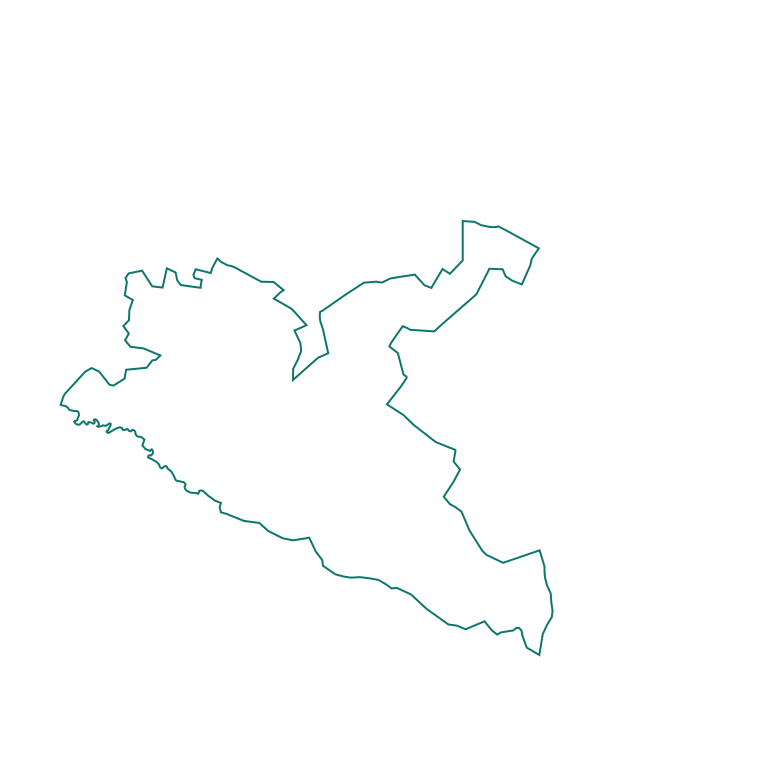 Garko, Kano, Nigeria, rotated 302°
{"feature_id": "59680162B51570410917379", "entity_name": "Garko", "entity_type": "district", "adm_level": 2, "iso_a3": "NGA", "parent_name": "Nigeria", "parent_adm1": "Kano", "projection": "natural_earth1", "projection_center": [8.82, 11.564], "detail": "fine", "context": "isolated", "style": "outline", "palette": "teal", "viewbox_px": 768, "rotation_deg": 302, "n_neighbors": 0, "source": "geoboundaries", "source_scale": "gbopen_adm2", "svg_char_len": 4714}
<svg xmlns="http://www.w3.org/2000/svg" viewBox="0 0 768 768"><g transform="rotate(302 384 384)"><path d="M578.3,397.6L575.8,395.0L573.1,390.2L570.1,382.0L569.5,374.9L563.9,364.4L530.5,385.3L513.0,381.6L512.4,381.5L512.5,373.3L512.5,372.7L491.0,373.2L490.6,373.3L489.3,366.6L489.2,365.9L493.1,352.2L483.6,341.1L476.8,333.4L469.2,328.7L467.3,325.2L466.9,323.5L459.2,313.2L438.9,303.8L414.2,293.3L411.2,291.6L407.9,293.3L405.3,295.2L403.1,297.1L398.4,302.9L380.5,320.4L371.4,314.2L362.5,311.5L339.2,304.7L348.8,298.9L358.4,298.1L368.1,296.3L374.4,291.4L381.9,279.8L392.8,287.1L397.7,270.0L398.8,265.4L398.0,245.3L406.6,247.5L410.4,249.1L412.0,236.4L406.4,226.8L405.7,226.1L404.3,203.7L404.2,202.7L404.0,199.0L403.7,194.8L402.8,190.9L401.8,188.7L401.5,185.2L401.2,181.3L402.1,176.2L391.3,176.9L386.3,178.3L381.5,163.5L379.8,163.9L377.2,164.2L375.6,164.5L373.4,167.2L375.7,174.3L372.0,175.7L370.5,176.4L368.5,177.5L367.4,175.3L360.2,159.2L362.3,153.8L368.1,148.2L367.0,138.5L366.5,138.7L348.5,145.1L348.1,144.4L344.0,135.7L351.9,118.8L351.4,118.2L342.4,108.8L336.8,108.7L334.1,112.0L321.8,117.2L322.1,126.5L311.8,128.9L303.0,133.9L295.0,132.3L291.6,140.8L283.8,141.3L281.2,149.3L286.8,161.4L289.7,179.2L283.4,177.6L281.8,175.6L281.3,175.0L272.0,174.1L260.0,158.5L259.5,157.8L251.0,161.1L239.4,155.5L237.9,151.6L243.6,135.8L242.6,127.6L236.9,124.5L235.8,124.0L206.0,118.5L202.6,118.9L194.9,120.9L195.2,122.2L195.8,123.5L196.4,125.3L196.5,127.9L195.9,129.5L195.6,130.2L195.4,131.3L196.2,133.5L197.1,136.0L197.7,136.9L198.4,138.0L198.3,139.5L197.3,140.7L196.0,141.8L194.9,142.1L193.2,142.3L191.6,142.8L190.4,142.9L189.4,142.1L188.9,141.3L188.1,141.1L187.5,141.9L187.2,143.0L186.9,144.2L187.1,145.4L187.5,146.5L188.6,147.4L189.8,147.8L190.8,148.1L191.9,148.1L192.9,148.8L193.3,149.4L192.3,151.7L192.0,153.3L192.9,154.1L195.0,153.5L195.6,154.4L196.0,155.8L196.2,157.5L196.5,158.8L197.2,159.1L198.4,158.9L199.1,158.1L199.4,157.0L200.1,156.9L200.8,157.6L201.2,158.5L201.1,159.8L200.3,161.4L199.7,162.8L198.5,163.7L197.3,163.9L196.3,163.3L196.2,164.1L196.9,165.2L198.0,166.2L199.2,167.2L200.1,167.6L200.5,169.1L200.8,169.6L201.5,170.4L203.1,171.3L204.3,171.6L205.3,172.4L205.4,173.2L205.0,173.6L204.3,173.9L203.1,174.1L201.5,174.2L199.6,174.3L198.8,174.6L198.2,174.4L197.5,173.8L196.7,173.9L196.3,174.8L196.3,176.0L197.2,176.8L199.2,177.7L202.5,179.4L204.0,180.3L206.0,181.7L207.3,182.9L207.9,184.9L207.4,185.9L206.7,186.6L207.5,188.3L208.4,189.2L209.5,189.7L209.9,190.7L209.5,191.7L209.1,192.8L209.7,194.5L210.4,194.7L211.4,194.6L212.1,195.2L212.2,196.6L212.0,197.7L211.4,198.8L210.5,199.2L210.1,199.6L209.5,200.5L208.9,202.3L209.2,203.8L209.8,204.8L210.4,206.5L209.9,210.3L203.9,211.6L202.4,216.2L203.3,221.2L205.3,221.4L205.5,222.0L205.2,222.8L204.5,223.6L203.4,224.4L202.1,224.7L201.2,224.6L200.0,224.4L199.5,223.1L198.6,222.3L196.7,222.8L197.2,227.1L197.4,230.7L197.3,233.3L196.4,235.9L194.9,238.0L194.5,240.0L195.3,240.7L197.7,241.3L198.9,242.7L198.8,243.7L197.6,245.4L197.4,247.5L196.9,250.7L196.1,251.9L194.7,254.5L192.5,257.7L192.1,259.0L192.3,260.4L193.2,261.9L193.4,263.2L194.6,265.9L194.2,268.2L193.7,269.0L191.4,269.3L190.6,269.8L189.9,270.6L189.3,272.0L188.9,273.2L189.0,274.8L189.1,275.9L189.2,276.9L190.0,278.6L190.6,279.9L192.0,282.3L192.2,283.4L192.2,284.2L192.8,284.7L195.2,284.1L196.1,284.3L196.9,285.5L197.2,286.5L197.2,287.8L196.5,292.3L196.0,294.6L195.9,299.0L195.5,302.4L196.7,308.8L196.3,308.9L192.4,309.9L190.0,312.4L188.8,313.7L190.5,319.8L190.6,320.0L190.9,322.4L193.8,338.4L194.1,339.1L194.3,339.0L196.0,342.9L200.1,351.9L198.0,363.7L199.5,379.7L203.2,389.7L214.0,402.1L205.7,415.1L201.9,425.1L197.5,428.5L196.8,443.4L199.4,452.0L202.2,458.5L207.4,465.9L211.6,474.8L214.9,483.1L215.2,492.2L214.6,498.7L217.9,502.8L219.8,518.5L216.3,537.0L216.2,537.5L215.9,538.6L214.2,566.1L217.6,573.6L219.3,583.2L236.0,595.0L232.3,605.7L231.5,612.8L235.2,614.7L243.6,624.3L247.4,625.6L248.7,628.0L247.6,631.4L243.8,634.9L236.1,644.7L236.5,659.3L256.2,651.1L266.7,649.9L275.2,649.8L280.9,647.2L287.4,641.7L294.7,636.4L299.8,628.7L305.3,623.0L309.6,619.8L314.3,616.8L325.4,604.1L295.5,579.8L293.4,561.4L294.7,555.6L305.2,533.9L316.8,517.4L317.4,509.5L317.0,503.7L320.1,494.4L337.7,494.8L351.8,493.8L355.2,484.1L365.5,479.9L365.9,479.3L363.9,468.4L362.2,458.7L365.0,430.9L368.0,417.1L368.3,397.2L374.2,397.9L391.2,399.7L401.0,400.0L402.2,399.0L402.4,395.5L417.6,379.3L418.7,368.7L422.6,368.2L442.5,369.2L442.9,369.2L443.8,374.2L443.8,377.5L446.2,381.9L447.6,384.5L455.3,398.8L467.3,402.1L486.6,408.0L508.9,414.8L532.9,412.8L537.5,412.2L544.2,423.8L539.8,430.0L539.6,438.1L541.5,448.1L562.1,445.2L568.6,442.9L581.1,443.4L579.0,406.5L579.0,406.3L578.3,397.6Z" fill="none" stroke="#0f766e" stroke-width="2"/></g></svg>